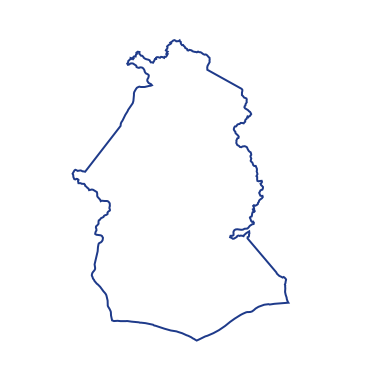 outline of Muaná, Pará, Brazil, rotated 14°
{"feature_id": "56859067B31226280820399", "entity_name": "Muaná", "entity_type": "district", "adm_level": 2, "iso_a3": "BRA", "parent_name": "Brazil", "parent_adm1": "Pará", "projection": "mercator", "projection_center": [-49.315, -1.315], "detail": "fine", "context": "isolated", "style": "outline", "palette": "blue", "viewbox_px": 384, "rotation_deg": 14, "n_neighbors": 0, "source": "geoboundaries", "source_scale": "gbopen_adm2", "svg_char_len": 5967}
<svg xmlns="http://www.w3.org/2000/svg" viewBox="0 0 384 384"><g transform="rotate(14 192 192)"><path d="M312.3,276.1L311.3,275.1L310.7,274.2L309.9,273.0L309.3,271.5L307.7,269.0L306.5,266.5L305.8,262.8L305.3,261.4L305.1,260.2L304.5,259.4L304.7,258.0L304.5,256.0L304.5,254.3L303.8,253.5L302.5,252.7L301.5,252.3L300.6,253.1L299.3,252.7L297.0,252.3L294.0,250.6L293.4,249.7L257.1,223.6L256.9,222.4L257.9,221.6L257.9,220.5L257.6,219.5L257.7,218.3L257.0,216.4L254.7,218.7L253.0,221.2L252.7,222.4L251.4,222.3L249.8,222.5L248.9,223.1L247.7,223.0L246.7,223.6L246.2,224.9L244.1,227.0L243.0,227.5L241.6,227.0L239.9,226.7L240.0,225.2L242.0,224.6L242.7,223.7L242.4,222.4L242.0,221.3L241.9,220.2L242.4,218.7L243.4,217.8L244.9,217.2L248.5,216.8L249.5,216.6L250.8,216.0L251.8,215.0L254.5,214.1L255.2,213.2L256.3,210.8L258.3,208.7L259.5,208.2L259.5,206.9L258.4,205.9L257.6,206.5L256.3,205.7L255.4,204.2L254.4,203.0L254.7,202.0L255.8,201.3L255.8,199.9L255.6,198.5L255.7,197.0L257.0,196.4L257.5,195.4L256.9,194.6L255.9,195.1L255.2,194.1L256.2,193.0L255.6,191.7L254.7,190.7L255.3,189.8L256.7,190.0L257.8,189.1L258.8,187.8L258.7,186.5L259.2,185.5L259.2,184.3L259.6,183.3L261.4,181.1L261.9,179.7L261.3,178.7L260.3,179.0L259.2,179.0L257.4,176.6L257.7,175.5L258.0,174.0L258.7,173.2L259.7,172.7L259.9,171.4L259.7,170.0L258.6,169.2L257.5,168.7L256.5,167.4L257.1,166.6L257.5,165.3L256.9,164.3L255.5,164.8L254.0,165.5L252.8,165.4L252.2,164.2L251.6,161.6L250.7,161.0L251.0,159.9L251.2,158.8L250.5,157.5L249.8,156.4L249.7,155.0L249.3,153.7L247.5,151.3L246.1,151.7L245.0,151.2L243.4,148.8L242.4,148.4L241.4,147.6L241.4,145.1L240.6,144.2L240.0,143.0L240.5,141.6L240.0,140.4L239.3,139.3L238.2,139.0L237.0,138.3L235.4,136.6L234.6,135.4L233.5,135.0L232.1,134.8L230.0,135.6L229.0,136.6L227.6,136.7L226.6,136.0L224.5,135.4L223.1,133.7L223.0,132.4L222.6,131.3L223.0,129.0L224.0,128.4L224.0,127.1L223.3,126.3L222.2,125.6L220.7,124.8L219.8,124.1L219.5,123.1L218.5,122.4L217.5,121.4L217.3,120.3L217.4,119.1L217.8,118.0L219.0,117.6L219.8,115.5L220.7,114.9L221.7,114.5L222.5,113.2L224.0,112.9L225.5,112.9L225.9,111.9L226.6,110.9L226.3,109.7L226.5,108.7L227.2,107.9L227.6,105.4L228.5,105.9L229.0,104.8L229.8,104.2L230.6,102.1L229.8,101.1L229.0,100.3L227.7,99.8L226.5,99.0L223.3,98.0L222.4,97.2L222.3,96.1L222.9,95.1L222.7,93.9L223.4,91.6L222.9,90.4L222.8,89.1L222.2,88.1L221.2,87.9L219.8,87.8L218.1,86.5L217.0,85.9L216.4,83.3L216.4,81.9L216.2,80.8L215.2,79.9L177.3,69.7L176.6,67.3L176.6,65.7L177.7,61.7L177.2,60.3L177.1,59.2L176.5,57.5L175.4,57.0L174.3,56.2L173.4,55.6L172.1,55.2L171.0,55.7L169.6,55.5L167.3,54.5L166.3,54.3L165.2,54.6L163.9,54.3L162.9,55.3L161.9,55.2L160.6,55.4L158.3,55.3L157.4,54.7L155.2,54.7L154.3,55.6L153.3,55.6L152.7,54.5L151.7,54.1L150.6,53.9L149.8,52.8L148.7,52.3L147.8,51.5L146.8,51.9L145.8,51.2L145.1,50.3L144.9,49.2L143.9,48.8L143.3,47.9L142.6,48.8L140.3,49.6L139.4,49.1L138.1,48.9L137.0,49.7L136.4,50.7L134.8,52.3L135.7,53.0L135.0,53.9L134.0,54.7L132.6,56.8L133.3,57.8L133.3,59.0L132.6,60.0L132.4,61.0L134.5,61.7L133.8,63.2L133.7,64.2L135.0,64.1L134.5,66.1L133.9,67.2L132.6,67.5L132.5,68.6L130.5,68.2L129.2,68.4L128.5,69.5L127.4,69.4L126.3,69.4L125.3,69.7L124.6,70.5L125.0,71.6L123.9,71.9L123.6,73.8L122.9,76.0L121.8,75.8L120.7,76.2L119.7,75.3L119.1,74.5L117.8,74.2L115.4,74.2L113.8,73.9L112.7,73.4L112.0,72.6L110.8,71.9L109.6,72.1L107.3,70.4L107.2,68.9L105.4,69.0L104.4,70.2L105.2,71.2L104.4,71.9L104.5,74.2L103.1,74.4L102.4,75.5L103.1,76.4L102.6,77.4L101.4,76.8L100.1,76.8L100.5,77.9L99.5,78.5L99.1,79.5L98.5,80.3L98.6,82.1L98.1,83.1L99.1,84.1L100.4,83.3L101.0,82.3L102.3,81.8L103.6,81.6L107.3,82.9L108.0,84.2L109.2,84.4L110.5,84.4L111.5,83.6L112.6,83.4L113.8,83.4L115.0,84.0L116.5,85.5L116.9,86.5L117.7,87.4L118.9,88.2L120.0,88.3L121.4,88.8L122.0,89.7L122.0,91.8L121.6,92.8L121.5,94.1L121.8,95.1L123.5,96.7L126.2,97.3L127.3,98.1L126.2,98.9L125.0,99.3L120.8,101.5L116.9,102.5L115.4,102.5L114.3,103.3L113.3,104.2L112.7,105.7L111.8,108.9L111.8,110.4L112.2,111.9L113.1,117.8L113.0,120.2L110.2,127.7L109.9,129.4L108.6,133.4L108.4,134.4L107.3,139.5L106.6,141.4L106.4,142.9L106.7,145.2L83.4,198.2L82.1,198.2L80.8,198.4L79.0,198.0L77.9,198.3L75.9,199.2L74.6,198.8L73.4,198.7L72.7,199.6L71.7,203.2L72.6,204.2L73.3,206.2L74.7,208.0L75.8,208.0L76.7,207.2L77.8,207.1L79.0,207.8L78.7,208.8L79.7,210.9L81.9,210.4L83.0,210.7L85.4,210.2L86.4,210.9L86.8,211.8L88.0,212.3L89.0,213.0L90.8,213.8L91.7,215.1L94.3,213.8L95.6,213.8L99.7,215.1L100.4,216.5L101.0,218.8L101.6,219.6L104.6,221.6L105.7,223.0L106.5,222.3L109.2,221.9L111.8,221.3L112.9,221.4L114.0,222.1L114.9,222.9L115.7,225.5L115.6,226.6L115.8,227.8L116.5,228.7L116.8,229.8L115.4,231.4L115.0,232.4L115.4,233.7L114.6,234.8L113.4,235.5L112.5,236.3L112.1,237.7L110.0,239.5L109.2,241.4L108.4,242.1L108.5,243.7L109.0,245.4L108.1,247.3L107.2,248.6L107.4,249.9L108.2,251.1L108.6,252.5L108.2,253.5L108.1,255.1L108.2,256.1L109.5,256.6L114.0,256.1L115.3,256.5L116.7,258.0L116.9,260.3L116.6,261.4L116.1,262.4L115.4,263.2L114.4,263.9L113.9,265.1L114.1,268.3L114.8,272.3L115.0,285.8L116.3,288.9L116.6,290.1L116.4,291.2L115.9,292.4L115.4,293.3L114.9,294.7L114.8,296.0L115.0,297.3L116.2,298.8L116.8,299.9L118.2,301.0L118.9,301.9L121.8,304.0L123.0,304.5L125.8,306.2L130.0,309.7L131.9,311.0L133.1,312.0L133.7,312.7L134.3,313.7L136.4,317.8L137.8,322.8L138.8,324.0L140.0,325.1L141.6,327.0L142.3,328.1L143.3,331.4L145.5,335.9L147.5,336.1L150.9,335.0L153.8,334.6L160.9,332.8L164.8,332.4L172.0,331.3L173.1,331.4L174.2,331.1L178.7,330.5L186.3,330.2L187.6,330.7L188.8,330.6L198.3,331.3L204.9,331.5L210.6,331.0L213.0,331.2L216.6,331.4L221.4,332.3L222.9,332.4L226.3,333.1L228.5,333.9L229.6,334.1L230.7,334.5L232.5,335.0L234.5,333.4L239.8,328.9L241.8,327.7L246.9,323.8L251.6,319.5L256.5,314.0L260.5,308.7L264.1,304.5L268.8,299.6L270.6,298.0L273.4,295.8L274.5,295.2L276.0,294.8L277.8,294.2L279.2,293.3L280.7,291.5L281.9,289.7L284.3,287.3L289.2,284.0L290.1,283.6L293.5,282.3L294.6,282.4L298.9,280.6L312.3,276.1Z" fill="none" stroke="#1e3a8a" stroke-width="2"/></g></svg>